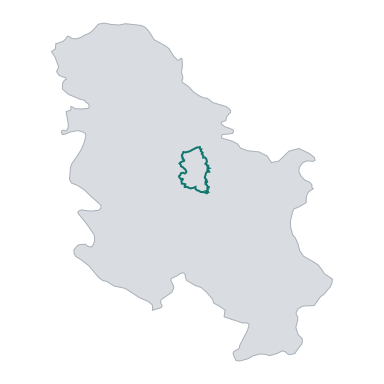 Republic of Serbia, with Podunavski highlighted
{"feature_id": "SRB-831", "entity_name": "Podunavski", "entity_type": "District", "adm_level": 1, "iso_a3": "SRB", "parent_name": "Republic of Serbia", "parent_adm1": "", "projection": "natural_earth1", "projection_center": [20.92, 44.453], "detail": "fine", "context": "in_parent", "style": "outline", "palette": "teal", "viewbox_px": 384, "rotation_deg": 0, "n_neighbors": 0, "source": "natural_earth", "source_scale": "10m", "svg_char_len": 6509}
<svg xmlns="http://www.w3.org/2000/svg" viewBox="0 0 384 384"><path d="M221.7,138.1L232.8,141.3L237.8,144.2L240.5,148.1L247.5,150.7L259.0,151.9L267.0,155.9L271.5,162.6L278.9,161.0L289.0,151.1L298.9,148.5L308.8,153.2L314.1,157.1L315.1,160.2L312.8,161.4L307.3,160.8L302.8,162.7L299.4,167.1L298.9,171.7L301.4,176.7L304.9,180.1L309.4,182.0L311.8,184.6L312.1,187.9L313.3,188.8L310.7,190.3L308.0,192.5L306.4,196.4L306.1,202.7L297.4,207.7L294.1,208.6L292.6,211.8L290.4,221.1L290.7,228.1L291.9,231.6L292.5,234.5L295.3,238.0L297.9,243.5L299.7,250.7L303.5,256.2L313.2,261.7L318.1,264.9L321.7,269.5L324.4,273.7L332.5,279.2L331.9,283.2L330.2,287.1L328.4,288.9L324.4,293.9L320.5,296.7L314.2,305.5L304.0,306.0L301.6,306.7L297.8,309.1L295.9,313.5L297.8,317.0L297.6,320.6L295.8,327.5L298.3,334.9L301.9,338.3L302.5,340.3L301.9,343.8L296.6,350.8L295.0,353.5L289.6,354.7L287.8,354.1L285.0,351.6L282.5,350.9L276.1,353.8L269.6,355.6L264.5,354.2L259.4,354.0L255.9,355.2L253.3,355.7L248.1,358.7L239.8,361.0L236.0,360.5L234.6,357.6L233.0,353.5L233.7,351.6L239.2,348.4L239.8,345.3L247.5,330.4L248.9,325.6L249.0,324.0L247.0,322.9L242.8,323.0L224.1,316.9L225.0,310.0L219.5,306.3L213.6,303.0L212.6,299.2L206.0,291.7L201.2,287.5L195.1,285.4L189.9,282.4L186.7,280.5L185.3,277.0L185.3,274.9L183.7,272.9L181.2,273.1L176.9,275.9L171.6,278.3L170.7,280.1L172.6,284.2L173.9,286.8L173.3,289.3L171.6,292.5L161.4,299.5L160.3,302.0L162.2,305.9L161.0,307.7L152.4,310.3L152.7,308.2L152.2,304.7L147.3,301.0L140.4,298.2L125.1,288.4L119.2,287.1L114.0,286.0L106.5,281.3L102.6,280.5L98.3,277.1L89.0,265.9L81.1,259.7L75.7,256.6L74.2,253.6L73.9,250.5L74.1,249.4L78.2,245.0L81.4,244.4L85.5,244.3L88.1,246.5L91.6,247.0L93.6,244.1L94.7,240.0L94.2,234.8L85.8,222.6L78.6,214.1L77.8,212.2L79.4,210.6L81.9,209.8L84.6,210.5L91.7,211.1L98.5,210.3L100.9,208.3L100.9,205.5L98.4,202.9L90.5,195.9L84.3,189.8L77.1,185.1L71.7,183.2L70.1,180.8L69.4,178.2L70.1,173.5L70.4,167.6L71.8,163.8L76.7,156.8L81.4,149.3L84.3,142.1L85.9,135.4L85.3,133.5L82.9,132.0L77.8,130.6L70.6,131.9L64.6,134.3L62.2,134.5L61.4,131.5L62.4,130.2L64.3,130.3L65.8,130.9L67.5,129.5L68.5,125.5L66.1,111.5L70.7,110.2L70.8,108.2L71.2,106.4L75.8,108.8L82.4,108.9L88.2,108.4L89.1,107.0L89.0,105.0L87.8,103.4L85.8,102.2L84.3,100.2L80.4,99.4L68.3,94.3L62.4,89.0L62.6,83.3L64.4,80.2L66.5,79.1L65.9,78.0L59.0,75.4L56.6,71.7L58.7,67.0L55.2,57.5L51.5,51.6L55.2,49.0L55.7,45.4L56.0,43.4L57.6,43.4L63.5,41.0L65.7,39.0L66.9,36.7L68.4,36.1L72.3,38.6L76.5,38.8L81.2,37.3L84.7,35.1L89.0,33.3L90.9,32.0L93.3,30.0L98.3,24.2L103.9,23.0L111.4,24.5L119.4,25.0L125.5,23.7L140.8,25.4L144.1,26.7L146.2,28.2L150.2,33.2L154.0,39.6L159.4,42.6L165.8,46.1L169.0,48.7L173.8,56.4L177.7,60.2L178.9,60.0L180.2,59.0L181.1,58.2L182.1,58.9L182.1,61.3L182.4,66.5L181.5,72.0L182.8,77.2L182.9,78.8L181.9,80.3L182.0,81.7L183.4,83.1L188.6,86.6L193.4,91.9L198.9,95.6L204.0,98.0L207.3,98.2L212.6,102.5L223.1,105.6L226.5,106.7L228.8,108.5L230.5,110.5L230.6,112.7L229.0,113.8L226.7,116.8L225.8,120.4L224.1,121.3L222.4,121.4L221.2,122.5L221.5,124.0L222.9,125.5L225.1,126.9L229.3,128.2L233.4,130.2L233.4,131.8L232.5,133.5L227.3,134.1L223.4,134.4L221.6,135.1L221.7,138.1Z" fill="#d9dde1" stroke="#a8b0b8" stroke-width="1"/><path d="M183.4,152.0L185.5,152.4L189.4,151.4L196.6,147.6L199.8,147.1L199.8,148.0L200.0,148.8L200.5,149.2L201.3,149.3L201.1,149.7L200.9,150.7L200.8,151.1L201.3,151.5L202.3,152.4L202.7,152.8L201.8,153.8L203.3,155.9L203.1,157.5L204.5,157.5L205.3,157.7L205.8,158.2L206.4,159.4L206.8,160.7L206.9,161.8L206.4,162.6L205.5,163.5L205.5,164.0L206.5,164.3L207.0,165.3L207.3,166.1L207.8,165.8L208.2,165.8L208.1,166.2L207.8,167.6L208.3,167.7L208.6,167.9L208.8,168.0L209.2,168.2L208.7,168.4L208.5,168.5L208.3,168.6L207.8,168.2L207.3,170.0L208.0,170.3L208.5,170.6L208.9,171.1L209.2,171.7L207.3,171.8L206.2,172.6L205.8,173.8L205.5,175.3L205.1,176.3L204.9,176.8L204.8,177.3L205.0,178.2L205.4,178.7L205.9,179.0L206.3,179.5L205.9,180.6L207.0,181.2L207.2,181.9L206.7,182.4L205.5,182.3L205.5,182.9L205.9,182.9L205.9,183.5L205.5,183.5L205.5,184.1L206.4,184.6L207.7,186.6L208.8,187.0L208.8,187.6L207.3,188.2L207.3,188.8L207.6,189.2L207.8,189.5L207.6,189.8L207.3,190.5L207.5,190.7L207.6,190.8L207.8,191.2L206.4,191.2L207.8,192.4L207.1,192.6L206.8,193.3L206.4,193.2L206.0,192.9L205.9,192.8L205.7,192.6L205.3,192.5L205.1,192.5L204.4,192.4L204.2,192.4L203.8,192.2L203.5,192.0L203.3,191.9L203.2,191.9L202.9,191.9L202.4,192.1L202.2,192.1L201.5,192.0L200.8,192.0L200.1,191.6L198.7,190.7L198.4,190.6L197.7,190.5L197.1,190.3L196.8,190.1L196.3,189.7L195.9,189.4L195.7,189.1L195.6,188.9L195.5,188.0L195.5,186.9L194.2,187.5L193.9,187.6L193.4,187.8L192.8,188.0L192.6,188.0L191.8,188.1L191.5,188.2L191.0,188.4L190.8,188.4L190.6,188.4L190.4,188.4L189.9,188.1L189.7,188.0L189.4,187.9L189.2,187.9L188.9,187.9L188.6,187.9L188.4,187.7L188.0,187.4L187.7,187.1L187.4,187.0L187.1,186.9L186.9,186.8L186.6,186.8L186.4,186.8L185.7,187.0L184.8,187.0L184.8,186.5L184.8,186.3L184.6,185.7L184.7,185.4L184.8,185.3L185.1,185.0L185.3,184.8L185.3,184.7L185.3,184.4L185.2,184.4L185.0,184.2L184.8,184.1L184.3,183.9L184.1,183.9L183.1,183.7L181.8,183.6L181.8,183.0L181.8,182.7L181.7,182.3L181.6,182.1L181.5,181.8L181.4,181.5L181.4,181.3L181.4,181.1L181.5,180.8L181.5,180.7L182.3,180.0L182.7,179.7L182.8,179.5L182.9,179.4L182.9,179.2L182.6,178.9L182.4,178.8L182.1,178.8L181.9,178.8L181.3,179.0L181.1,179.0L180.9,179.0L180.7,178.9L180.5,178.7L179.8,177.9L179.4,177.4L179.2,177.0L179.1,176.8L179.1,176.6L179.0,176.3L179.1,176.2L179.3,175.8L179.7,175.5L180.3,175.1L180.4,174.9L180.5,174.7L180.7,173.8L180.7,173.6L180.8,173.4L181.0,173.2L181.7,173.0L182.1,172.8L182.3,172.8L182.6,172.8L182.9,172.8L183.1,172.8L183.3,172.9L184.5,173.4L184.7,173.5L184.9,173.5L185.0,173.4L185.4,173.2L186.2,172.3L186.3,172.1L186.4,171.9L186.4,171.6L186.3,171.4L186.3,171.2L186.2,171.1L185.8,170.6L185.5,170.1L185.4,169.7L185.2,169.3L185.0,169.1L184.8,169.0L184.0,168.4L182.9,167.2L182.3,166.9L181.8,166.7L181.4,166.6L181.2,166.4L180.9,166.0L180.9,165.8L180.9,165.2L180.8,164.8L180.3,164.3L179.5,163.4L179.7,163.1L180.4,162.7L180.5,162.6L181.0,162.2L181.3,161.9L182.1,161.6L182.6,161.4L182.8,161.3L183.6,161.2L183.8,161.1L184.1,160.9L184.2,160.6L184.1,160.4L183.8,159.8L183.8,159.6L183.7,159.5L183.6,159.4L183.4,159.2L182.9,159.0L182.8,158.9L182.6,158.8L182.5,158.7L182.4,158.5L182.5,158.3L182.6,158.2L182.8,157.9L182.7,157.6L182.6,157.3L182.5,157.0L182.0,156.6L181.9,156.4L181.8,156.2L181.8,155.8L181.8,155.4L181.9,155.2L182.0,155.0L182.3,154.8L183.4,152.0Z" fill="none" stroke="#0f766e" stroke-width="2"/></svg>